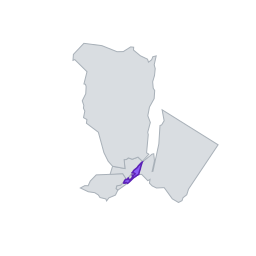 Israel highlighted among its neighbors, rotated 212°
{"feature_id": "ISR", "entity_name": "Israel", "entity_type": "country or territory", "adm_level": 0, "iso_a3": "ISR", "parent_name": "Asia", "parent_adm1": "", "projection": "equal_earth", "projection_center": [35.212, 31.447], "detail": "fine", "context": "with_neighbors", "style": "filled", "palette": "violet", "viewbox_px": 256, "rotation_deg": 212, "n_neighbors": 6, "source": "natural_earth", "source_scale": "50m", "svg_char_len": 3074}
<svg xmlns="http://www.w3.org/2000/svg" viewBox="0 0 256 256"><g transform="rotate(212 128 128)"><path d="M102.7,79.5L99.1,80.8L103.7,69.9L106.0,70.2L106.9,73.0L104.0,75.6L102.7,79.5Z" fill="#d9dde1" stroke="#a8b0b8" stroke-width="1"/><path d="M100.5,92.1L98.0,93.1L98.2,91.2L99.6,90.2L98.2,89.4L99.4,84.7L101.3,85.7L100.5,92.1Z" fill="#d9dde1" stroke="#a8b0b8" stroke-width="1"/><path d="M101.3,85.7L102.2,83.5L108.2,86.3L118.5,78.7L120.8,87.4L109.1,92.0L114.5,99.1L112.7,100.4L111.9,102.8L107.8,103.8L104.1,108.6L98.1,107.4L97.9,106.4L100.6,94.9L101.3,85.7Z" fill="#d9dde1" stroke="#a8b0b8" stroke-width="1"/><path d="M102.2,83.5L104.0,75.6L106.9,73.0L106.0,70.2L103.7,69.9L103.1,64.5L107.2,58.6L107.5,54.8L109.2,56.1L114.9,54.2L117.7,55.5L122.0,55.5L127.9,52.9L136.6,51.9L134.1,56.2L131.2,57.9L131.9,63.0L130.1,71.4L108.2,86.3L102.2,83.5Z" fill="#d9dde1" stroke="#a8b0b8" stroke-width="1"/><path d="M98.1,107.4L104.1,108.6L107.8,103.8L111.9,102.8L112.7,100.4L114.5,99.1L109.1,92.0L120.8,87.4L127.2,89.3L135.3,94.3L150.9,108.7L165.8,110.0L167.3,113.4L171.2,113.2L173.6,119.5L176.3,121.2L177.4,123.7L181.2,126.8L182.0,134.7L185.5,141.0L187.2,142.5L188.7,142.0L192.6,154.0L209.4,157.8L210.5,156.2L213.3,161.5L210.3,176.4L193.8,184.0L177.7,186.9L172.5,190.3L168.7,198.2L166.0,199.5L164.6,197.0L155.9,195.8L147.9,196.7L145.5,194.7L144.1,198.4L144.7,201.6L142.3,204.1L139.3,195.5L136.4,192.8L133.3,186.5L131.6,180.3L127.7,175.1L125.2,173.9L121.4,166.8L120.9,157.1L117.7,148.9L112.0,144.5L109.0,134.8L107.3,133.1L99.1,116.8L96.4,116.8L98.1,107.4Z" fill="#d9dde1" stroke="#a8b0b8" stroke-width="1"/><path d="M108.7,161.5L42.7,161.5L44.3,108.3L42.8,102.5L44.4,98.0L43.7,95.0L45.7,91.6L52.9,91.4L65.7,96.6L72.1,92.2L76.8,91.7L80.6,92.6L82.1,96.1L83.3,93.8L91.8,95.9L94.4,94.1L97.9,106.4L93.8,118.5L92.5,119.8L88.2,114.2L84.5,103.9L83.9,104.5L93.4,130.8L102.2,147.1L101.1,148.4L101.2,153.3L108.7,161.5Z" fill="#d9dde1" stroke="#a8b0b8" stroke-width="1"/><path d="M102.8,78.5L102.7,78.9L102.6,79.1L102.6,79.4L102.6,79.6L102.7,79.9L102.8,80.0L102.8,80.3L102.7,80.5L102.8,80.6L102.9,80.8L102.9,81.5L103.1,81.8L102.9,82.3L102.8,82.7L102.6,83.3L102.3,83.3L101.6,83.7L101.5,83.8L101.4,84.0L101.3,85.7L101.0,85.6L100.5,85.3L100.4,85.0L100.3,84.9L100.0,84.9L99.4,84.7L98.7,85.2L98.4,86.1L98.4,86.5L98.1,87.4L98.2,87.9L98.3,88.6L98.3,89.1L98.3,89.4L98.1,89.6L98.2,89.8L98.3,89.8L98.7,89.6L99.1,89.8L99.4,90.1L99.5,90.3L99.2,90.4L98.6,90.8L98.1,91.3L98.0,91.8L97.7,92.8L97.7,93.0L97.9,93.1L98.9,93.0L99.9,92.6L100.6,92.2L100.8,92.2L100.6,93.3L100.5,94.0L100.7,94.7L100.4,95.8L100.1,96.6L100.0,97.0L99.6,98.0L99.3,99.0L99.1,99.8L99.2,100.0L99.1,101.4L99.1,101.8L98.7,103.0L98.7,103.5L98.5,104.3L98.2,106.0L97.8,106.6L97.7,105.9L97.2,104.1L96.9,102.9L96.5,101.4L95.8,99.6L95.8,99.2L95.6,98.5L95.2,96.9L94.8,95.7L94.3,94.1L94.9,93.5L94.9,93.0L95.8,91.9L95.6,91.5L95.6,91.4L96.7,89.2L97.3,87.1L98.0,84.1L98.4,82.6L98.8,81.6L99.0,80.8L99.6,80.8L100.0,80.8L100.6,80.9L101.0,80.6L101.2,79.6L101.5,79.5L102.3,79.1L102.6,78.8L102.8,78.5Z" fill="#8b5cf6" stroke="#5b21b6" stroke-width="1.5"/></g></svg>